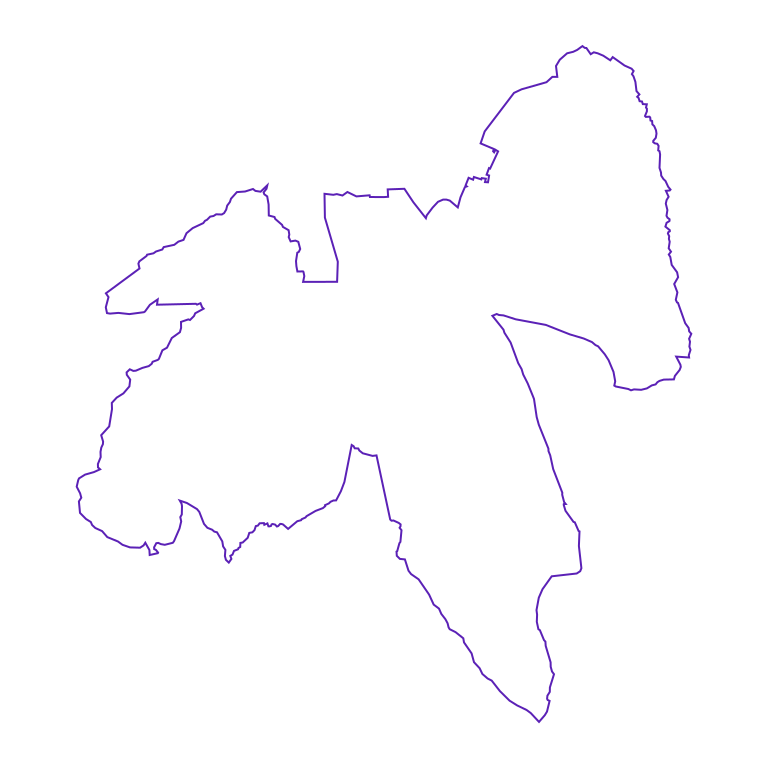 Coyotepec, Puebla, Mexico
{"feature_id": "50627088B60726647230059", "entity_name": "Coyotepec", "entity_type": "district", "adm_level": 2, "iso_a3": "MEX", "parent_name": "Mexico", "parent_adm1": "Puebla", "projection": "orthographic", "projection_center": [-97.818, 18.396], "detail": "fine", "context": "isolated", "style": "outline", "palette": "violet", "viewbox_px": 768, "rotation_deg": 0, "n_neighbors": 0, "source": "geoboundaries", "source_scale": "gbopen_adm2", "svg_char_len": 6083}
<svg xmlns="http://www.w3.org/2000/svg" viewBox="0 0 768 768"><path d="M646.9,108.7L646.0,107.6L646.8,104.3L642.8,104.1L642.0,101.5L639.6,101.2L638.6,98.0L637.2,96.8L639.4,94.4L636.5,91.1L635.4,81.9L633.5,76.3L631.9,74.1L633.6,71.0L631.6,68.7L624.5,65.5L612.7,57.1L610.3,60.3L603.3,55.7L597.7,53.3L593.8,52.3L590.7,54.2L586.4,48.0L584.8,47.9L582.4,46.1L577.2,49.9L573.2,51.8L567.1,53.3L559.8,59.7L556.0,66.0L557.3,76.9L552.3,76.9L546.5,82.2L521.6,89.3L514.0,92.9L484.7,131.4L480.6,143.4L494.1,149.1L493.1,151.2L494.1,152.3L495.5,149.8L498.1,151.4L490.1,168.6L489.0,168.1L486.6,174.7L489.1,175.5L488.0,182.3L485.0,182.1L485.8,178.7L481.7,178.1L481.3,179.4L473.9,177.0L473.1,179.7L468.6,177.8L465.6,185.4L466.8,186.4L464.9,187.1L460.5,197.3L457.8,207.4L449.8,200.6L446.4,199.6L443.1,199.6L438.0,201.8L432.6,207.6L426.7,215.4L425.9,218.2L413.4,202.3L404.4,188.8L387.7,189.4L388.1,196.8L383.5,197.1L369.9,197.0L369.6,195.3L356.4,196.4L347.4,192.0L342.5,195.5L336.8,194.1L333.3,194.8L324.5,193.8L324.9,217.6L337.8,261.7L337.1,281.8L303.1,281.9L304.3,276.1L303.5,272.0L303.0,271.4L297.4,271.5L296.4,266.2L296.0,261.1L297.3,252.7L298.8,251.9L300.2,249.0L298.3,241.8L295.4,240.6L290.6,241.4L288.7,237.1L289.3,234.6L288.6,230.2L282.9,226.9L282.1,224.9L275.2,218.9L274.5,217.0L268.8,215.5L268.6,204.5L267.2,196.4L264.3,194.3L263.6,192.4L266.5,188.8L267.3,185.3L260.6,191.7L255.4,190.9L253.0,189.0L245.1,191.5L236.9,192.1L231.0,198.7L229.9,202.0L227.2,205.6L226.2,209.6L224.1,213.1L221.8,214.5L216.2,214.3L213.5,216.0L210.2,216.6L207.0,219.8L205.0,220.8L203.3,223.1L192.7,228.1L186.5,233.2L183.5,239.9L178.4,241.6L174.3,244.8L163.7,247.1L162.3,249.5L156.0,251.5L153.5,253.3L147.1,254.7L146.5,256.0L139.4,261.3L138.4,263.6L139.5,268.5L105.9,293.3L108.5,297.1L105.8,307.3L107.0,313.1L110.0,313.6L118.4,312.9L129.4,314.1L143.9,312.2L145.0,311.5L149.9,304.8L157.7,299.4L157.0,304.7L195.9,303.8L197.0,304.6L200.5,303.2L202.1,307.2L203.6,308.7L195.2,313.3L194.0,316.0L190.0,320.0L188.3,319.4L181.0,321.9L181.1,327.9L179.9,332.2L171.8,338.0L167.0,347.7L162.4,350.3L158.9,358.9L157.8,359.9L152.6,361.8L151.7,363.8L148.8,366.1L142.4,367.9L135.8,370.7L133.3,370.9L129.8,369.3L126.6,372.4L126.8,374.8L130.2,379.6L129.4,386.4L123.4,393.4L116.7,397.6L111.8,402.9L112.0,409.1L109.2,426.4L101.2,435.2L103.1,441.6L102.9,444.2L101.3,447.6L100.5,451.9L100.7,457.1L97.9,464.0L98.0,467.4L100.1,469.3L93.9,472.1L85.1,474.6L79.0,478.4L78.2,480.2L76.7,486.7L80.1,493.3L81.3,497.7L78.9,501.4L80.0,512.9L86.0,519.0L90.8,522.0L92.1,525.0L95.3,528.0L102.1,531.1L107.3,537.1L118.0,541.5L122.5,544.8L130.0,547.4L140.1,547.7L143.6,545.4L145.3,542.7L149.4,550.0L149.7,555.0L157.8,553.2L158.1,552.6L155.9,549.9L154.2,549.1L154.1,547.3L156.3,543.2L158.3,542.9L160.8,544.1L164.8,544.8L172.8,542.8L174.0,541.2L179.5,528.5L181.2,521.4L180.3,517.1L181.8,514.5L182.0,506.2L181.6,503.8L179.8,500.6L186.9,503.0L197.0,509.1L199.3,511.9L204.0,523.9L207.4,527.8L212.1,529.7L214.3,531.6L217.0,532.3L222.3,541.4L223.1,546.4L225.4,549.9L224.9,556.0L225.9,559.8L228.8,562.6L231.4,558.9L230.3,555.9L232.5,554.6L234.0,550.9L238.0,549.3L238.5,548.0L240.2,547.0L240.4,542.9L242.7,542.5L247.7,537.8L249.3,532.9L252.4,532.3L254.5,530.1L255.8,526.1L257.9,525.6L259.6,523.3L263.9,523.1L264.3,524.8L267.4,523.4L268.4,526.3L269.2,526.4L270.9,526.0L271.6,524.4L272.6,524.0L275.1,524.6L276.9,526.5L278.1,526.1L280.2,523.9L281.7,524.0L283.1,524.5L288.1,528.9L297.3,521.2L301.1,520.2L301.7,519.2L305.5,517.5L306.5,516.2L315.6,510.9L322.9,508.1L325.2,506.2L325.0,505.2L328.9,503.4L330.5,501.8L333.4,500.5L336.1,500.4L340.9,491.2L344.4,482.0L351.7,445.0L353.6,446.2L354.7,448.3L358.3,448.5L359.3,450.5L362.8,453.3L372.6,455.9L376.5,455.4L390.2,519.5L391.5,520.7L393.5,520.5L398.7,522.9L400.6,524.4L400.5,526.3L399.6,527.8L401.5,530.2L400.4,541.9L399.4,543.2L397.2,551.2L396.5,551.6L396.8,555.8L399.9,558.9L404.9,559.4L408.5,570.7L411.1,574.1L418.6,579.3L429.1,594.6L433.7,604.6L439.0,608.6L441.3,613.9L445.4,619.2L447.6,623.3L448.6,627.4L449.7,629.2L455.5,632.1L463.3,638.3L464.0,642.4L471.6,653.4L474.0,662.2L479.6,668.2L482.4,674.0L487.6,678.5L491.7,680.6L499.9,691.1L509.6,700.7L517.1,705.4L526.6,710.0L530.8,713.1L539.0,721.9L544.8,715.2L547.0,711.6L549.6,700.9L547.7,700.0L547.1,698.8L547.4,695.7L549.8,691.9L549.9,687.4L554.0,674.2L552.0,671.5L550.7,666.8L550.6,662.3L545.7,645.9L545.4,641.6L544.0,640.1L539.9,630.2L538.4,629.2L536.8,621.8L537.1,614.7L536.5,610.1L538.8,597.7L542.5,589.2L551.7,576.3L576.7,573.5L580.2,571.2L581.4,568.2L578.9,546.0L579.5,531.4L578.6,531.0L574.8,522.3L573.5,521.9L565.5,510.8L563.7,504.8L563.8,504.1L565.7,504.0L564.1,502.0L562.2,494.7L562.3,492.7L553.2,469.1L550.2,455.3L548.5,451.1L548.4,448.6L538.8,424.7L536.7,417.1L534.0,399.0L533.0,396.4L527.7,383.4L523.2,374.5L521.6,369.1L518.2,363.1L510.6,342.5L504.4,332.7L503.5,329.7L492.4,315.8L496.7,314.0L499.0,315.0L503.5,315.4L515.7,319.3L545.8,324.9L569.9,334.4L583.7,338.5L592.0,342.1L595.5,345.1L598.1,346.3L604.8,354.3L608.6,360.2L613.5,371.9L615.2,381.3L614.3,385.6L615.8,386.5L628.3,389.0L631.0,390.3L634.0,389.4L641.2,389.8L646.9,388.4L651.8,385.4L655.6,384.4L657.4,382.2L659.5,380.9L663.8,379.6L673.9,379.4L674.9,375.9L679.6,370.0L680.8,366.9L680.4,364.7L676.2,356.6L689.1,357.5L688.8,355.1L690.5,349.9L689.4,346.6L690.0,341.7L689.1,338.8L691.3,333.8L689.2,331.4L688.6,327.9L685.2,323.2L678.0,302.9L677.0,302.4L675.8,299.8L677.4,292.4L674.2,284.0L678.1,277.2L677.1,272.3L671.7,264.9L670.3,257.0L668.8,254.5L671.0,251.7L668.7,248.3L669.7,241.7L668.9,238.9L669.2,236.2L667.9,233.5L668.3,232.2L669.8,231.3L669.8,230.2L665.4,226.6L666.6,222.8L669.4,221.1L669.6,220.1L669.5,219.2L667.5,217.7L666.5,215.8L667.4,210.0L665.8,203.6L666.6,200.0L668.6,196.8L665.9,190.8L669.7,190.5L670.5,189.6L668.2,186.8L665.5,181.0L663.4,179.0L661.2,175.6L661.0,172.5L659.5,167.9L660.1,154.5L659.5,151.2L658.2,150.4L658.6,145.9L657.3,143.8L654.7,143.3L653.2,142.1L653.3,140.8L655.8,137.8L656.5,133.6L656.0,130.3L654.2,126.1L652.4,124.4L652.1,121.0L650.5,120.5L650.2,117.5L649.5,116.7L645.8,116.9L645.0,116.0L646.9,111.3L646.9,108.7Z" fill="none" stroke="#5b21b6" stroke-width="2"/></svg>